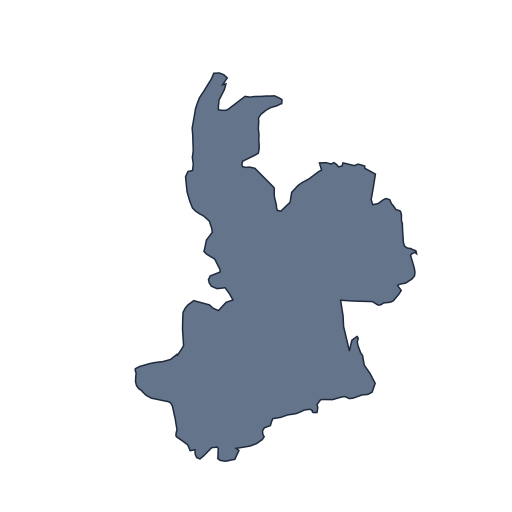 outline of Birkat Al-Sab, Al Gharbiyah, Egypt, rotated 252°
{"feature_id": "37247803B30511282692114", "entity_name": "Birkat Al-Sab", "entity_type": "district", "adm_level": 2, "iso_a3": "EGY", "parent_name": "Egypt", "parent_adm1": "Al Gharbiyah", "projection": "albers", "projection_center": [31.097, 30.651], "detail": "fine", "context": "isolated", "style": "filled", "palette": "slate", "viewbox_px": 512, "rotation_deg": 252, "n_neighbors": 0, "source": "geoboundaries", "source_scale": "gbopen_adm2", "svg_char_len": 4353}
<svg xmlns="http://www.w3.org/2000/svg" viewBox="0 0 512 512"><g transform="rotate(252 256 256)"><path d="M353.2,213.5L338.6,210.3L330.1,210.0L329.3,210.0L328.3,210.0L321.3,210.4L317.5,212.3L313.6,215.3L313.0,215.9L310.3,218.5L306.9,220.5L303.5,222.4L295.6,222.4L292.0,221.7L286.5,213.8L280.2,210.2L279.5,209.8L276.4,207.9L273.1,209.5L265.8,215.8L258.0,217.0L256.3,217.3L253.7,217.5L251.9,217.0L251.6,213.1L251.5,211.0L251.3,208.3L251.2,206.3L250.3,205.5L248.3,203.5L246.1,203.3L244.7,203.2L241.0,204.3L237.0,208.8L236.1,213.1L235.4,216.8L228.3,219.1L227.3,219.3L221.3,220.5L221.2,213.3L215.7,203.4L218.5,200.3L219.9,198.8L223.9,196.6L232.8,183.0L231.0,177.6L230.7,176.5L229.5,174.5L228.6,173.0L225.1,169.3L220.6,167.5L209.1,163.5L193.1,159.4L190.3,156.3L186.0,150.7L186.9,150.4L184.0,142.7L184.4,134.3L185.2,131.0L186.0,126.1L186.5,122.0L186.7,117.1L186.8,112.3L186.9,111.3L186.1,106.4L184.6,105.8L181.3,105.7L179.0,104.6L177.4,104.0L174.9,103.0L174.2,102.7L170.2,102.3L168.8,102.5L166.1,103.5L163.2,105.7L162.4,105.9L160.8,106.7L157.5,108.4L154.7,111.1L153.8,111.9L153.0,112.7L151.5,115.4L147.2,122.9L144.6,127.5L142.8,129.4L139.0,130.1L130.8,129.3L129.6,129.1L127.8,129.0L125.4,128.8L124.1,128.5L118.7,127.7L115.8,127.3L114.9,127.0L112.5,125.4L109.8,124.3L108.5,124.6L107.8,125.1L103.4,128.5L102.4,129.2L97.5,132.7L91.2,133.2L90.6,138.1L86.4,136.9L82.6,137.3L80.3,140.0L81.8,143.8L87.4,154.7L86.2,160.1L84.6,160.6L75.0,157.1L73.0,158.5L72.8,158.6L70.5,162.9L69.8,166.1L69.8,168.2L69.1,173.0L76.4,179.7L79.2,177.6L78.0,185.3L77.1,191.6L77.4,198.6L78.4,201.8L79.4,205.1L81.5,207.9L84.2,207.4L87.4,208.0L90.0,210.8L90.3,217.3L93.5,219.5L96.1,221.7L95.2,227.7L94.9,229.5L95.1,236.8L94.4,241.1L93.7,245.4L93.9,248.6L94.1,251.3L94.6,254.0L93.9,258.3L93.3,260.4L91.3,261.9L90.6,261.4L89.5,261.9L88.7,264.2L88.3,265.7L93.0,268.0L95.7,268.0L97.8,270.8L99.3,273.0L98.7,275.7L95.8,284.2L95.7,285.7L95.6,290.1L95.5,291.3L95.4,294.4L94.8,297.1L91.5,300.8L90.8,304.5L91.1,313.7L90.4,316.9L89.8,319.6L90.3,322.8L90.7,324.4L93.0,326.2L98.1,330.0L108.9,328.2L116.5,325.9L118.7,325.2L128.4,326.6L131.6,325.6L139.7,325.3L143.5,325.9L145.6,327.6L147.2,327.7L148.3,327.2L146.3,321.2L138.9,316.7L136.8,315.5L161.7,317.5L172.1,320.3L175.3,320.8L187.8,322.8L183.3,334.1L176.6,352.7L171.6,356.9L171.0,359.6L171.9,362.8L170.7,368.7L170.6,370.9L171.1,373.0L175.2,379.6L178.3,383.5L184.3,381.5L184.7,384.2L184.0,390.1L185.5,395.7L185.9,397.2L188.0,400.5L190.1,401.6L191.7,402.2L195.5,402.8L201.4,403.0L205.1,403.1L206.8,403.1L207.8,403.2L208.9,403.2L209.9,404.8L210.4,408.1L208.6,409.4L211.4,409.7L212.0,409.2L213.6,407.1L215.3,405.5L216.5,402.9L217.0,402.3L218.1,401.3L219.8,400.3L223.5,400.4L235.3,403.4L236.9,403.9L241.7,405.2L244.9,405.3L250.3,407.1L254.0,407.2L255.1,406.1L256.8,403.5L261.7,402.0L263.9,401.0L268.2,400.6L270.5,397.4L270.1,394.2L268.1,388.2L268.8,382.8L270.9,382.9L274.2,383.0L278.4,385.3L282.6,387.5L285.8,389.2L297.0,394.9L305.8,386.6L308.0,387.2L311.9,381.4L311.5,377.6L317.7,367.5L315.1,365.8L315.2,362.1L316.3,361.6L317.9,361.1L320.7,359.0L320.3,355.8L323.1,351.5L324.6,346.2L324.9,345.1L317.4,344.9L316.9,341.7L315.4,337.3L313.0,330.3L311.6,322.7L310.1,317.8L305.5,309.6L296.5,305.0L295.0,301.7L291.0,293.5L292.1,291.5L292.7,290.4L295.4,290.4L298.0,291.1L306.6,291.8L309.3,292.5L314.6,294.2L315.7,294.2L339.8,282.0L342.6,277.3L343.3,274.0L345.0,270.9L347.1,270.7L350.3,272.6L352.1,285.6L353.0,289.9L357.2,292.2L359.9,293.1L361.0,293.4L365.8,294.6L370.6,296.4L376.5,297.6L379.8,298.9L382.3,299.9L386.6,301.1L389.2,304.4L391.7,311.0L392.6,315.8L392.4,322.3L393.1,326.8L392.9,327.5L395.9,328.8L397.0,328.9L399.2,326.8L402.6,323.1L403.8,318.8L405.0,315.1L406.2,310.3L408.0,304.4L408.3,303.0L408.9,299.5L409.7,297.9L411.2,294.9L410.8,293.8L403.9,274.1L404.0,272.8L404.1,271.3L405.5,267.7L405.8,267.0L406.9,265.5L410.9,266.8L411.6,267.3L415.7,269.0L424.1,277.4L425.3,278.2L429.0,280.6L429.1,278.4L429.2,277.2L431.8,280.6L432.4,281.2L433.7,283.1L434.2,283.7L438.3,281.4L441.4,277.7L442.6,273.1L442.9,272.4L437.9,268.0L434.5,263.9L429.3,257.8L425.3,252.8L423.8,251.0L420.2,248.0L415.0,244.1L408.6,240.8L406.4,239.6L402.0,237.3L399.4,235.9L397.4,234.8L390.2,233.1L382.7,230.9L376.1,229.0L375.2,228.7L370.4,226.4L369.8,226.0L363.0,224.8L359.6,223.3L356.9,222.0L357.4,217.5L356.8,216.9L353.2,213.5Z" fill="#64748b" stroke="#1e293b" stroke-width="1.5"/></g></svg>